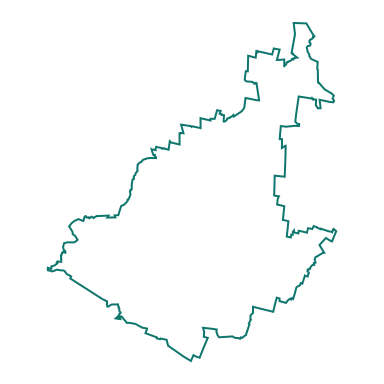 outline of Aguascalientes, Aguascalientes, Mexico
{"feature_id": "50627088B6632860871958", "entity_name": "Aguascalientes", "entity_type": "district", "adm_level": 2, "iso_a3": "MEX", "parent_name": "Mexico", "parent_adm1": "Aguascalientes", "projection": "equal_earth", "projection_center": [-102.284, 21.849], "detail": "fine", "context": "isolated", "style": "outline", "palette": "teal", "viewbox_px": 384, "rotation_deg": 0, "n_neighbors": 0, "source": "geoboundaries", "source_scale": "gbopen_adm2", "svg_char_len": 5906}
<svg xmlns="http://www.w3.org/2000/svg" viewBox="0 0 384 384"><path d="M71.8,223.0L69.1,226.4L71.7,230.5L72.6,232.3L72.8,234.3L75.0,235.7L77.6,239.9L74.6,242.3L67.7,242.3L64.1,243.2L63.1,246.8L63.5,249.4L65.0,251.1L65.4,251.3L65.3,252.7L64.1,252.0L64.0,252.3L63.6,252.3L63.4,251.9L62.8,252.5L62.5,252.3L62.1,252.7L62.1,253.4L61.5,254.3L61.5,254.8L61.2,254.8L61.1,255.1L61.3,255.6L61.0,255.9L61.0,256.2L61.0,256.9L61.2,257.1L61.1,257.6L61.2,258.1L60.9,258.7L61.4,259.8L61.3,260.7L60.9,261.5L61.0,261.8L58.0,261.5L57.7,262.5L57.0,262.0L56.6,262.9L56.9,263.7L54.7,265.4L51.3,266.5L51.4,268.7L50.6,268.7L47.8,267.8L47.8,270.2L48.4,270.5L50.4,270.7L52.1,271.4L52.4,271.4L54.9,270.5L56.5,269.7L61.4,270.4L63.3,270.4L64.8,271.1L65.2,272.0L66.8,274.1L71.2,276.4L70.3,278.5L102.9,299.4L105.1,300.3L105.2,300.5L107.1,301.4L106.8,304.1L107.2,305.5L107.2,306.2L107.5,306.7L109.0,306.3L109.9,305.5L111.6,304.5L118.0,304.4L118.1,305.9L118.9,306.9L118.5,308.0L119.3,308.7L119.3,310.8L120.0,311.9L120.6,312.3L120.6,312.7L120.5,313.2L119.2,314.0L119.3,316.0L118.1,316.1L117.9,317.1L116.9,317.3L115.7,318.4L118.4,318.9L120.4,319.1L120.1,318.0L119.6,317.1L120.4,316.6L121.1,316.4L122.2,317.0L123.7,319.2L126.1,321.7L126.6,322.8L129.8,322.9L135.7,324.0L138.5,325.7L141.6,327.2L142.2,327.7L143.9,327.9L147.1,328.6L145.5,333.2L156.9,337.4L156.7,338.3L157.9,338.7L160.1,339.2L160.6,338.5L166.6,339.8L168.1,345.7L182.9,356.1L190.9,361.0L193.5,355.1L195.6,356.4L199.6,357.7L204.5,345.5L207.8,337.9L203.8,336.8L204.2,331.8L203.0,327.8L211.2,328.7L216.7,329.5L216.4,330.8L216.6,332.3L217.4,334.8L219.0,337.3L232.6,336.4L233.9,337.4L236.0,338.0L238.4,338.0L240.0,338.8L240.8,337.4L242.2,337.9L244.4,336.0L245.4,335.3L245.9,335.2L246.2,334.5L246.2,334.0L247.0,331.8L246.9,331.8L249.5,324.2L248.8,323.5L250.9,319.6L250.4,319.0L250.6,315.3L253.0,312.9L253.0,306.8L273.2,311.8L275.5,302.2L276.8,297.7L279.6,298.5L279.5,301.1L286.0,302.9L287.8,300.4L290.2,298.6L291.2,299.6L292.1,298.8L292.2,298.3L293.1,298.9L294.9,293.2L296.3,287.7L297.4,286.5L299.7,285.6L300.8,283.0L302.3,283.7L304.9,275.7L305.6,276.4L307.5,275.7L307.8,276.1L308.8,272.5L307.6,271.4L307.4,270.8L307.7,269.6L308.3,269.8L309.1,269.2L309.3,268.8L310.0,269.0L310.3,267.8L311.3,266.1L312.8,264.9L314.1,264.9L313.9,264.5L313.9,263.1L314.5,263.1L315.3,262.7L315.2,262.6L315.3,261.7L314.6,259.4L315.4,257.4L315.6,257.0L316.4,256.6L317.3,256.7L317.4,257.0L317.5,256.1L322.8,252.9L324.2,252.8L322.6,250.2L319.5,245.0L325.9,238.0L331.0,241.1L331.1,240.9L332.1,241.3L336.2,231.2L333.8,229.1L333.4,230.0L332.9,229.8L332.2,232.3L330.9,231.7L328.4,231.2L320.9,228.7L320.8,229.2L317.7,228.0L317.8,227.8L316.9,227.2L313.7,226.1L312.2,229.0L311.8,228.8L310.7,228.7L308.1,228.2L306.9,232.7L302.8,231.6L298.7,230.8L298.4,233.4L293.8,232.4L293.9,230.6L292.9,231.7L292.7,234.8L291.3,234.6L290.9,237.4L286.8,236.6L288.4,221.2L282.9,219.9L284.3,206.2L277.1,204.5L277.7,198.9L278.9,196.3L274.2,195.6L274.7,175.7L284.7,176.7L285.4,158.5L285.7,145.7L285.4,145.7L281.9,148.0L282.0,139.1L279.7,139.2L280.8,126.1L286.3,126.7L294.8,125.8L299.0,126.0L299.2,124.1L297.0,123.6L295.3,121.6L296.2,113.7L298.7,96.5L311.8,98.5L311.9,98.3L312.2,98.9L312.5,99.1L312.8,98.6L313.2,98.7L313.3,99.6L316.1,99.6L315.9,105.4L317.9,108.3L320.6,108.2L319.6,99.8L330.1,102.0L333.4,102.3L334.1,100.8L332.6,98.6L333.8,95.6L331.8,93.6L325.0,89.6L324.9,89.6L320.6,84.8L319.2,82.9L318.8,83.2L318.5,83.0L318.0,82.1L317.8,69.6L317.2,68.8L317.7,61.9L311.1,58.9L309.4,56.3L309.3,54.4L308.0,52.4L307.5,51.4L307.4,49.8L306.9,48.5L306.8,47.4L307.8,46.0L309.8,45.8L310.3,45.1L310.6,44.0L310.5,43.4L310.3,43.0L310.0,43.1L309.5,42.5L309.3,41.2L309.5,40.8L309.9,40.4L310.2,39.6L311.4,39.3L312.1,38.6L312.9,38.2L312.9,37.7L313.2,37.5L313.0,36.6L313.2,36.4L313.6,36.2L314.1,36.6L314.4,36.4L312.7,34.0L306.4,23.4L293.7,23.0L295.0,34.3L291.6,52.8L292.7,53.4L292.3,53.8L297.2,57.6L294.8,58.0L293.5,59.2L293.2,58.5L292.4,58.8L292.0,59.0L291.8,59.9L290.4,60.8L289.6,60.9L288.4,61.9L287.7,61.8L287.4,62.2L286.8,62.4L286.2,64.4L284.7,65.6L283.9,66.9L284.2,65.9L284.3,59.5L276.9,60.0L279.6,49.6L273.8,48.5L272.1,54.5L258.0,51.3L258.0,51.6L257.3,51.6L257.3,52.3L257.1,52.2L257.2,51.1L256.4,50.9L255.7,57.7L248.2,55.7L247.8,71.3L246.0,71.1L245.7,71.8L244.7,79.8L246.3,81.4L252.6,81.9L254.0,83.5L255.1,83.0L255.2,83.6L256.5,83.1L259.1,100.4L257.8,100.4L245.5,98.0L244.2,108.0L241.7,111.3L233.9,116.5L233.4,115.0L231.8,116.5L230.0,117.4L229.6,118.0L229.1,117.8L228.1,118.4L227.3,118.5L227.2,118.6L227.0,119.6L225.7,120.9L225.0,121.4L223.8,121.6L223.6,121.0L224.0,115.2L221.5,115.0L221.6,114.1L219.6,113.6L220.7,111.0L217.1,110.2L214.7,118.8L210.5,118.8L210.5,120.5L200.5,118.2L200.6,128.1L192.2,126.3L191.7,126.7L191.5,126.2L189.9,126.0L189.7,125.9L181.1,124.7L183.5,133.2L180.6,132.9L180.6,133.4L179.5,133.4L179.6,144.5L171.1,142.5L169.8,141.2L168.6,149.7L165.8,149.0L165.6,148.8L164.3,148.8L163.8,148.1L162.8,148.5L161.9,148.7L161.6,148.0L157.5,147.2L156.2,146.8L155.3,149.7L155.5,150.1L155.2,150.1L154.8,149.7L152.2,149.6L151.6,149.3L152.5,152.5L153.5,155.2L154.3,155.2L154.9,155.0L155.1,157.1L156.1,157.3L156.0,158.1L150.0,158.0L147.5,158.3L144.2,159.4L142.7,160.1L141.8,161.1L141.4,161.9L140.4,162.2L138.3,163.9L137.6,164.9L137.7,165.0L137.4,167.7L137.3,169.9L137.7,170.5L137.3,171.4L137.0,171.5L136.2,172.7L135.7,173.1L135.3,174.9L134.3,175.7L133.9,176.2L133.8,177.5L134.0,178.2L133.9,179.0L132.6,179.4L131.7,184.9L131.8,188.9L130.9,190.3L130.5,190.0L130.0,190.8L129.9,191.4L130.5,194.5L129.3,197.6L128.9,198.5L128.3,199.4L127.8,199.4L127.6,199.6L127.8,200.4L126.7,202.1L123.4,205.3L121.8,205.5L121.1,206.2L118.3,215.2L114.6,215.4L115.3,217.4L107.3,217.6L108.5,215.6L96.8,216.1L96.5,216.0L95.9,216.7L94.6,217.0L93.7,218.1L93.1,217.6L91.5,216.7L89.5,218.3L89.0,218.2L88.6,217.8L88.5,217.3L86.7,217.5L85.9,216.3L85.4,216.1L84.5,217.0L83.4,221.0L82.7,220.8L78.4,219.1L74.7,220.8L71.8,223.0Z" fill="none" stroke="#0f766e" stroke-width="2"/></svg>